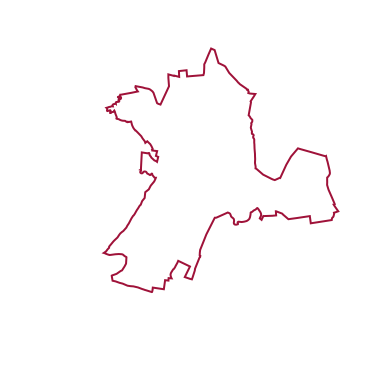 Cauas, Satu Mare, Romania, rotated 224°
{"feature_id": "2599482B72744366399171", "entity_name": "Cauas", "entity_type": "district", "adm_level": 2, "iso_a3": "ROU", "parent_name": "Romania", "parent_adm1": "Satu Mare", "projection": "albers", "projection_center": [22.564, 47.598], "detail": "fine", "context": "isolated", "style": "outline", "palette": "rose", "viewbox_px": 384, "rotation_deg": 224, "n_neighbors": 0, "source": "geoboundaries", "source_scale": "gbopen_adm2", "svg_char_len": 6022}
<svg xmlns="http://www.w3.org/2000/svg" viewBox="0 0 384 384"><g transform="rotate(224 192 192)"><path d="M214.5,306.5L218.7,303.1L220.2,302.3L221.0,303.6L221.9,303.8L222.6,304.4L222.9,304.5L223.1,304.4L223.2,303.8L223.4,303.7L224.2,304.0L224.6,304.1L232.6,302.8L233.9,302.9L234.6,302.8L237.3,303.1L247.9,303.5L255.2,305.4L256.8,305.1L262.5,303.2L274.3,309.8L277.9,308.5L275.7,302.5L272.5,294.4L271.9,292.4L269.6,290.0L266.1,286.0L265.9,285.7L265.0,284.0L275.8,271.7L280.5,275.8L285.4,269.9L281.2,265.9L285.8,263.3L286.0,263.1L286.0,262.9L285.9,262.8L290.7,260.2L288.3,257.7L282.0,252.1L275.4,233.0L277.3,232.1L278.5,231.7L278.9,231.7L288.6,236.6L290.3,236.9L291.6,236.8L293.4,236.6L294.8,236.1L298.0,234.0L300.0,233.0L306.1,229.0L305.5,228.0L302.0,226.9L300.8,226.7L304.4,221.4L310.8,212.5L311.3,212.0L311.7,211.9L311.9,211.8L311.1,211.8L310.8,211.6L310.7,211.3L310.8,210.7L310.7,209.8L311.2,209.2L311.3,209.0L311.2,208.8L311.0,208.7L310.6,208.9L310.0,209.4L309.5,210.4L309.3,210.6L309.1,210.8L308.8,210.8L308.2,210.2L308.0,209.7L308.0,209.2L308.1,208.7L308.2,208.4L309.0,207.7L308.7,207.0L308.4,206.9L307.6,206.8L307.3,206.6L307.3,206.4L307.3,206.1L308.9,204.2L309.0,204.0L309.0,203.4L308.2,202.7L308.4,202.7L308.4,202.2L308.5,201.9L309.0,201.3L309.4,200.8L309.6,200.3L309.6,199.8L309.5,199.3L308.4,198.6L309.5,197.7L309.9,196.6L310.7,195.6L311.2,194.5L311.6,193.8L312.0,193.1L311.2,193.1L310.7,192.9L310.5,192.7L310.0,191.8L309.5,191.4L309.2,191.4L309.0,191.5L307.7,193.9L307.5,194.0L307.2,194.0L306.9,193.7L306.2,192.4L305.7,192.0L305.3,192.4L305.2,193.1L305.1,193.7L305.0,193.9L304.7,194.4L304.1,195.2L304.0,195.4L304.1,195.7L304.4,196.1L304.5,196.3L304.5,196.6L303.3,196.2L301.5,195.1L298.0,193.5L297.9,193.3L297.6,192.6L297.5,192.4L297.2,192.3L295.9,193.1L295.2,193.5L294.2,193.8L293.7,193.9L292.4,194.5L291.3,195.2L289.7,196.6L288.8,196.9L287.9,196.9L287.1,197.8L286.8,197.6L285.9,198.7L284.9,200.2L284.7,200.4L281.8,198.6L280.2,197.9L278.4,197.3L277.3,197.1L275.6,196.9L275.5,197.1L273.0,197.1L267.3,196.9L264.7,196.2L261.3,195.7L259.7,194.9L259.4,197.4L255.2,197.4L252.7,196.7L250.2,195.7L250.1,194.1L250.1,193.8L250.2,193.7L245.5,197.2L243.0,192.9L240.7,193.8L238.1,189.4L239.2,189.3L241.0,188.6L245.2,188.5L246.2,188.9L247.8,189.0L249.2,190.0L250.0,190.2L250.4,189.7L250.2,189.4L255.6,185.6L245.6,174.1L244.4,172.8L244.5,172.3L244.3,172.4L243.8,172.3L243.4,171.9L243.3,171.5L243.3,170.7L243.1,170.4L242.7,170.1L242.4,170.1L241.9,170.1L241.5,170.2L240.9,170.7L240.7,171.4L240.9,172.6L240.8,172.9L240.6,173.6L240.0,174.1L239.4,174.5L238.9,174.6L238.6,174.6L237.8,174.4L237.0,174.2L235.9,174.6L234.0,175.0L233.8,175.3L233.8,176.8L233.8,177.1L233.4,177.4L233.1,177.3L232.3,176.7L228.8,176.3L228.6,176.4L227.9,177.1L227.5,176.3L226.5,173.3L226.1,168.0L225.9,167.2L224.9,163.9L225.5,159.4L221.9,154.8L221.7,152.3L221.6,151.1L221.3,150.2L220.0,147.2L220.1,146.7L220.1,145.7L219.4,142.6L219.1,140.7L217.9,136.1L217.7,134.6L217.8,133.9L217.2,130.9L215.6,125.5L215.1,122.7L214.5,120.8L214.4,118.4L214.3,116.2L214.6,114.6L214.8,112.4L214.6,110.7L214.0,107.5L214.2,103.4L214.2,101.8L213.7,95.2L212.9,94.3L212.9,92.3L212.8,91.1L212.7,90.9L212.6,90.0L212.8,88.3L213.1,86.9L211.1,87.9L210.9,87.8L209.3,88.5L207.7,89.3L207.0,90.0L204.5,93.2L203.6,94.3L201.5,96.6L199.1,98.6L198.1,99.0L196.0,99.1L194.0,99.6L193.8,99.5L193.3,98.9L189.8,94.8L189.6,94.4L188.8,91.6L187.9,87.1L188.0,86.6L188.4,85.8L189.1,82.2L189.4,80.7L191.6,76.3L191.6,76.0L187.5,73.0L184.9,74.6L180.9,76.4L178.3,77.9L173.3,79.8L170.9,81.5L168.6,83.4L164.6,85.8L160.2,87.7L158.9,88.4L158.5,88.5L156.0,89.8L151.4,92.1L151.3,92.3L151.4,92.6L152.4,94.3L152.5,94.3L153.8,96.0L144.7,102.5L150.1,109.9L147.4,111.9L149.0,113.8L146.7,115.7L147.6,116.0L149.0,116.8L150.1,117.7L150.8,118.9L151.2,120.4L151.8,123.3L151.7,123.6L151.6,123.9L151.8,125.4L152.1,126.6L152.4,127.4L153.3,130.8L154.1,132.9L141.7,137.0L138.1,125.8L133.4,128.0L131.4,129.1L132.3,131.1L135.4,137.4L136.5,138.9L140.9,149.7L141.3,150.8L141.1,151.0L141.7,151.9L142.5,151.8L144.4,154.0L145.9,156.0L149.4,164.6L152.2,171.4L157.7,189.2L157.7,189.4L156.9,190.1L156.6,190.6L152.0,202.1L150.4,202.7L149.7,202.8L148.9,202.6L146.9,201.6L146.1,201.5L144.2,201.7L143.2,201.6L142.1,200.9L141.4,200.1L140.8,199.2L139.9,198.4L139.4,198.3L138.8,198.3L138.6,198.4L137.8,198.9L137.5,199.2L136.6,200.7L136.7,200.9L137.3,201.4L138.1,201.9L138.1,202.5L138.0,202.8L137.6,203.2L135.4,204.9L134.0,206.7L133.6,207.3L132.7,208.8L132.4,209.5L132.1,211.0L132.1,212.5L132.8,214.2L134.1,216.2L135.5,218.0L135.5,218.3L135.1,219.1L134.9,219.9L134.8,221.5L134.1,223.4L134.0,224.3L134.0,225.2L134.0,225.5L133.7,225.9L132.4,225.8L128.8,225.0L127.6,224.5L126.8,224.0L125.9,222.9L125.7,222.5L125.4,221.4L124.9,220.1L122.6,220.3L124.0,224.3L123.8,224.4L117.8,230.6L115.2,233.6L118.3,236.4L118.2,236.5L112.1,239.1L111.6,239.1L111.1,239.0L103.8,239.4L103.6,239.6L102.6,240.9L98.8,245.7L90.5,256.5L84.8,252.0L81.4,256.5L72.0,268.9L72.7,269.8L73.2,270.9L73.1,272.1L73.2,272.5L73.4,273.0L74.4,274.7L74.9,275.3L75.5,275.7L74.7,277.1L73.4,279.7L79.5,280.9L81.1,281.3L80.9,281.5L80.8,282.4L86.9,285.0L95.4,288.5L99.7,290.9L101.5,292.9L103.1,294.5L104.8,296.3L104.8,296.6L104.7,297.4L104.9,299.0L105.4,300.7L106.0,301.5L106.9,302.2L107.7,302.9L115.5,307.9L117.5,309.0L120.6,311.0L120.7,310.6L120.9,310.4L122.9,309.3L133.7,303.6L144.3,297.9L146.1,297.0L145.4,286.3L143.1,277.1L138.4,263.7L138.5,263.7L140.7,258.1L142.5,257.2L143.9,256.7L152.9,253.9L162.0,253.4L162.7,253.1L163.6,254.2L164.2,254.7L166.7,256.5L167.2,257.0L169.4,259.5L171.5,261.5L173.1,263.1L177.2,266.7L180.3,269.7L181.4,270.6L183.7,273.0L184.7,273.5L185.5,273.5L186.2,274.0L186.6,274.6L187.0,275.6L187.6,275.9L188.2,275.9L189.0,275.5L189.4,275.6L190.0,276.0L190.4,276.7L190.9,277.2L192.1,277.8L194.2,279.0L194.5,279.3L196.2,281.9L196.5,282.3L197.2,282.6L197.3,282.9L197.4,283.9L197.5,284.4L198.6,285.7L199.0,285.8L201.3,285.9L202.4,286.3L203.4,286.5L204.5,286.5L211.8,297.4L212.1,297.7L212.8,297.9L213.9,303.8L214.5,306.5Z" fill="none" stroke="#9f1239" stroke-width="2"/></g></svg>